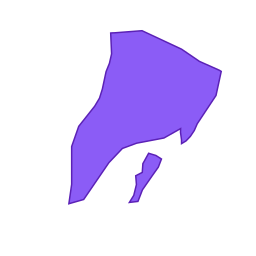 Kaskazini-Unguja, orthographic projection, rotated 209°
{"feature_id": "TZA-3383", "entity_name": "Kaskazini-Unguja", "entity_type": "Region", "adm_level": 1, "iso_a3": "TZA", "parent_name": "United Republic of Tanzania", "parent_adm1": "", "projection": "orthographic", "projection_center": [39.264, -5.876], "detail": "fine", "context": "isolated", "style": "filled", "palette": "violet", "viewbox_px": 256, "rotation_deg": 209, "n_neighbors": 0, "source": "natural_earth", "source_scale": "10m", "svg_char_len": 694}
<svg xmlns="http://www.w3.org/2000/svg" viewBox="0 0 256 256"><g transform="rotate(209 128 128)"><path d="M73.9,222.7L66.8,199.1L69.5,165.3L68.8,157.9L69.4,150.9L71.0,144.8L73.6,140.3L75.4,143.5L80.0,149.7L81.7,153.0L91.7,136.7L113.1,118.9L123.0,107.4L127.9,88.5L132.1,44.0L143.0,33.1L150.0,51.5L168.3,84.5L171.9,105.6L167.7,130.9L167.4,140.3L169.3,149.6L174.5,166.7L175.6,175.6L178.3,184.9L189.2,202.7L189.1,202.8L185.8,204.8L162.9,219.9L119.4,222.9L97.8,220.9L76.0,222.8L73.9,222.7ZM90.7,63.6L90.3,71.9L93.2,82.6L98.1,90.0L94.0,96.1L97.7,104.0L97.7,115.9L90.3,117.5L83.7,117.1L82.5,108.5L83.7,97.8L85.4,80.9L83.7,68.6L90.7,63.6Z" fill="#8b5cf6" stroke="#5b21b6" stroke-width="1.5"/></g></svg>